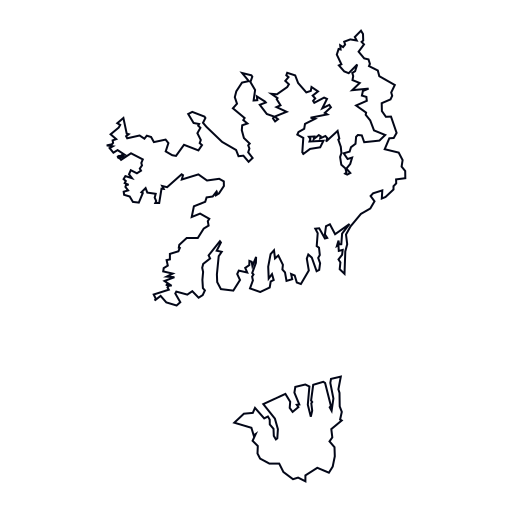 Hasvik nor, Finnmark, Norway (orthographic projection)
{"feature_id": "86288312B50454164159248", "entity_name": "Hasvik nor", "entity_type": "district", "adm_level": 2, "iso_a3": "NOR", "parent_name": "Norway", "parent_adm1": "Finnmark", "projection": "orthographic", "projection_center": [22.251, 70.523], "detail": "fine", "context": "isolated", "style": "outline", "palette": "ink", "viewbox_px": 512, "rotation_deg": 0, "n_neighbors": 0, "source": "geoboundaries", "source_scale": "gbopen_adm2", "svg_char_len": 6056}
<svg xmlns="http://www.w3.org/2000/svg" viewBox="0 0 512 512"><path d="M361.0,30.7L354.8,37.0L356.7,40.5L350.3,39.4L344.2,41.7L345.1,44.6L343.1,47.1L340.2,45.3L340.6,49.5L338.6,49.0L336.8,54.6L341.4,64.3L338.9,65.4L344.2,71.4L348.7,73.2L357.2,64.5L355.1,71.2L352.3,72.9L353.2,76.1L352.5,80.1L359.7,83.0L352.2,90.2L368.6,88.6L362.9,91.0L361.9,95.6L366.4,96.9L366.8,100.8L356.1,105.5L366.1,112.6L365.7,114.8L370.2,120.4L374.0,130.4L385.2,135.0L379.4,140.6L364.2,142.2L361.8,135.4L357.9,135.0L356.1,136.8L355.5,143.8L351.0,147.2L349.6,151.6L343.7,153.3L347.6,159.0L352.1,157.6L350.2,164.0L346.4,168.6L350.3,173.0L347.2,174.6L345.1,173.6L346.4,172.5L345.4,168.4L341.3,164.7L340.1,157.0L341.4,153.1L340.8,146.8L338.3,139.6L339.3,138.6L337.6,130.9L326.1,141.5L327.3,138.1L325.4,136.0L320.2,138.3L320.7,136.3L318.8,135.1L313.8,139.0L314.4,136.5L308.9,136.8L310.4,138.9L309.5,141.5L323.4,140.8L320.2,147.3L310.1,148.9L302.6,154.5L303.5,153.4L302.3,152.3L303.3,137.9L297.3,134.6L298.5,132.0L304.2,128.8L305.0,123.9L315.1,118.8L310.6,117.7L327.3,114.4L324.8,112.9L330.9,107.3L329.3,104.9L322.3,108.3L327.0,98.9L324.1,97.6L314.3,102.8L313.1,100.9L315.2,98.4L312.7,95.6L318.0,91.4L311.5,87.0L310.8,90.9L306.3,92.4L298.1,83.0L295.2,75.4L287.2,72.8L286.3,75.3L288.5,77.1L285.3,80.9L288.9,84.3L287.2,87.1L276.9,94.3L271.3,93.8L277.5,98.1L276.7,99.2L280.5,105.3L276.5,107.1L286.6,111.8L274.7,116.6L278.0,119.2L275.1,121.4L273.0,118.4L274.2,116.6L266.8,114.0L259.8,104.8L265.8,102.5L265.1,101.6L256.9,96.4L257.3,100.2L253.6,100.5L255.1,90.0L250.4,82.0L252.3,76.7L251.4,75.3L242.1,73.0L248.8,81.1L242.0,82.6L236.3,91.3L234.8,97.2L237.0,103.7L232.9,108.3L244.6,118.0L243.3,120.1L247.4,123.5L242.2,125.3L241.8,130.2L243.9,138.0L249.7,143.6L248.2,145.3L249.4,148.5L248.2,152.3L252.6,158.0L248.6,161.8L243.4,155.7L238.5,156.2L236.1,150.0L222.1,141.9L206.5,126.9L203.0,122.8L205.4,118.0L204.5,116.6L192.3,111.9L188.2,114.0L193.6,123.0L199.1,124.0L198.2,125.7L200.4,127.8L197.4,133.2L200.8,140.0L199.7,143.1L202.0,145.1L198.4,150.4L184.0,144.8L176.0,155.9L172.2,155.2L165.7,151.4L168.4,143.1L165.6,139.6L153.9,142.1L151.1,137.0L146.8,135.7L144.4,138.7L139.6,135.5L127.2,138.3L126.1,136.2L128.7,134.2L126.7,133.6L123.4,118.0L117.3,123.2L120.2,124.9L118.7,127.6L110.6,134.3L116.2,139.1L112.6,140.4L113.1,142.9L111.9,144.3L106.7,145.4L112.8,146.3L109.6,148.1L113.4,152.7L117.6,150.1L124.6,154.7L122.1,154.9L120.5,156.0L118.9,155.9L117.1,157.0L124.5,155.9L119.0,158.1L121.4,159.5L120.3,160.4L131.0,153.3L142.8,159.4L141.3,163.0L142.0,165.4L139.8,168.6L141.0,170.7L136.9,173.3L130.8,170.2L129.0,174.3L132.0,178.2L125.4,176.1L123.6,179.1L125.8,181.0L124.7,183.1L128.6,184.8L126.1,184.9L125.4,186.9L128.1,190.4L123.7,191.7L124.1,194.8L129.7,196.5L132.9,201.9L138.8,202.6L142.8,193.1L141.4,192.3L145.6,188.1L147.3,192.6L155.7,193.8L154.7,197.6L156.2,201.1L155.3,203.0L159.2,203.0L161.5,188.7L163.7,188.9L162.2,186.0L167.1,187.2L181.6,174.3L183.0,175.2L181.8,179.5L198.4,174.4L207.0,180.5L219.2,178.8L223.8,181.4L223.9,186.0L219.0,193.4L215.8,195.4L215.3,194.0L216.9,192.2L216.6,191.5L212.7,196.5L206.6,197.4L205.2,201.8L193.9,206.3L191.7,217.0L200.1,213.6L209.3,218.8L207.8,221.2L208.6,225.6L203.7,228.6L197.8,238.0L186.7,238.0L179.3,244.8L178.8,247.7L179.8,248.0L178.4,251.3L169.9,253.9L169.9,259.4L166.6,260.1L167.8,265.6L163.7,268.1L163.2,271.4L172.7,273.6L166.7,276.6L174.4,277.2L164.5,281.0L171.6,285.8L165.8,284.6L168.8,286.1L167.5,287.4L168.8,289.7L153.7,294.5L155.8,298.8L154.7,300.5L160.6,295.9L166.3,302.4L176.6,305.5L180.3,302.2L175.3,293.5L176.3,291.6L187.3,294.6L192.3,291.2L198.6,297.7L202.7,295.1L204.9,290.4L202.9,288.1L202.4,279.8L203.1,271.9L202.2,267.8L203.2,263.9L210.1,258.5L208.6,255.4L219.9,241.2L220.9,242.5L216.7,250.7L221.7,251.8L218.7,256.2L216.9,274.4L217.2,282.1L220.9,289.1L233.3,290.6L240.0,280.0L237.2,274.0L238.8,270.6L247.2,272.5L245.2,267.9L249.3,265.1L249.4,260.9L251.7,261.8L252.4,266.0L256.1,256.9L255.9,262.9L252.2,273.0L253.5,274.5L252.1,276.6L252.9,280.4L250.0,288.4L260.2,292.0L269.7,287.5L270.7,281.5L273.7,280.0L272.0,274.1L268.7,278.5L268.2,266.7L270.6,254.1L274.0,250.3L275.0,258.4L278.3,255.5L282.9,264.8L282.4,269.5L285.0,272.4L286.5,280.9L292.2,279.2L291.1,274.0L294.7,275.5L296.8,282.5L300.9,284.0L308.8,270.5L306.8,258.6L308.3,254.5L311.8,257.6L316.6,271.2L319.2,269.9L320.1,263.2L318.2,257.9L319.8,255.0L319.0,247.7L316.7,246.1L317.7,233.2L315.3,228.7L319.2,228.3L324.9,238.5L327.2,237.9L324.9,234.4L326.0,226.2L329.9,224.3L335.1,234.2L349.5,224.0L342.1,233.6L341.3,244.2L339.1,244.3L338.5,240.6L336.9,246.0L338.4,245.1L338.8,250.9L342.7,249.9L342.1,254.8L338.5,259.4L340.4,262.4L339.7,269.2L344.5,273.8L345.3,251.4L347.2,244.2L346.0,234.5L350.6,226.3L360.9,213.9L370.3,208.5L374.5,201.3L370.6,196.0L373.1,193.3L382.3,190.4L381.8,198.5L385.5,197.0L393.5,189.5L393.5,186.2L396.2,183.4L396.1,179.4L405.3,178.2L405.2,171.0L401.6,166.6L402.6,160.1L398.7,152.6L384.7,149.2L389.3,138.3L393.7,138.0L396.6,132.9L391.0,116.6L385.9,116.8L381.9,111.1L381.7,103.2L390.5,99.4L392.2,95.8L391.2,92.5L394.8,85.0L379.3,76.2L377.8,70.5L369.0,66.1L369.9,63.9L368.5,59.4L364.2,58.4L358.6,51.7L364.0,44.4L361.6,41.9L363.2,40.5L363.0,34.0L361.0,30.7ZM283.4,472.0L293.0,479.2L298.1,477.6L305.4,481.3L305.4,475.4L317.3,467.8L328.9,472.7L332.7,466.6L334.8,456.3L334.5,447.2L329.5,441.4L332.3,437.4L331.3,429.1L341.7,420.5L340.1,419.5L341.8,411.9L339.7,406.4L339.5,392.9L338.4,389.3L340.8,376.6L331.0,378.9L330.3,382.9L333.4,398.5L331.6,410.8L329.7,407.3L330.9,405.9L325.1,383.0L323.3,381.8L313.2,384.8L311.1,400.5L312.2,402.0L311.3,403.3L312.2,410.7L310.8,416.7L307.8,404.7L309.4,386.5L305.3,384.5L295.3,386.9L294.4,392.6L299.3,404.5L296.8,404.8L298.4,407.1L292.6,411.9L289.7,407.9L290.2,401.8L285.4,393.9L263.3,404.1L274.9,418.6L277.9,429.2L277.3,438.3L275.9,439.4L273.8,435.9L273.5,428.8L269.8,424.5L269.7,419.6L267.9,416.5L264.2,418.4L255.0,407.9L252.8,412.9L243.9,413.7L234.3,422.7L251.4,427.8L253.7,435.4L255.7,434.0L252.6,440.8L257.8,446.0L257.5,453.5L260.1,458.6L269.4,463.6L279.2,463.6L283.4,472.0Z" fill="none" stroke="#020617" stroke-width="2"/></svg>